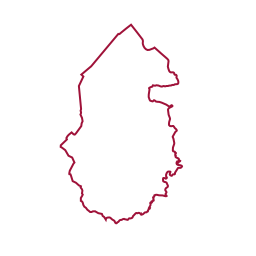 outline of West Kazakhstan, rotated 119°
{"feature_id": "KAZ-3201", "entity_name": "West Kazakhstan", "entity_type": "Region", "adm_level": 1, "iso_a3": "KAZ", "parent_name": "Kazakhstan", "parent_adm1": "", "projection": "orthographic", "projection_center": [51.03, 49.856], "detail": "fine", "context": "isolated", "style": "outline", "palette": "rose", "viewbox_px": 256, "rotation_deg": 119, "n_neighbors": 0, "source": "natural_earth", "source_scale": "10m", "svg_char_len": 4948}
<svg xmlns="http://www.w3.org/2000/svg" viewBox="0 0 256 256"><g transform="rotate(119 128 128)"><path d="M168.7,61.3L169.3,61.7L169.7,62.9L170.0,64.3L170.3,65.3L171.8,68.1L172.4,70.3L172.6,70.7L172.8,71.1L173.2,71.5L173.6,71.9L174.0,72.2L174.2,72.3L174.7,71.9L176.6,72.0L176.7,72.3L176.9,72.2L177.2,71.8L177.4,71.5L177.6,71.3L177.8,71.2L178.3,71.2L178.5,71.0L178.6,70.8L178.7,70.5L179.1,70.4L179.3,70.5L179.8,71.0L180.0,71.1L181.2,71.0L181.6,71.1L181.3,71.8L181.8,71.8L182.4,72.2L182.7,72.2L183.0,72.1L183.3,71.8L183.6,71.5L183.8,71.3L184.7,70.9L187.3,70.9L187.1,70.3L187.2,70.0L187.4,70.0L187.8,70.0L188.0,70.0L188.1,70.4L188.3,70.5L188.5,70.6L188.7,70.4L188.9,70.4L190.5,70.6L190.8,70.5L191.3,70.2L191.8,70.6L192.7,70.9L192.9,71.2L193.4,72.0L193.7,72.3L196.0,73.1L196.9,73.8L197.2,74.0L197.4,74.6L197.2,74.9L196.5,75.3L196.9,75.8L196.9,76.3L196.8,76.9L197.0,77.5L197.7,78.2L198.1,78.6L198.2,79.3L198.8,79.9L202.8,80.9L203.9,80.7L204.5,80.8L205.4,81.5L205.8,81.9L206.4,83.1L206.9,83.4L208.0,83.5L208.5,83.8L208.7,84.3L209.0,85.6L209.2,86.1L209.3,86.4L209.4,86.8L209.4,87.4L210.1,88.2L210.5,88.5L211.4,89.0L211.7,89.4L212.0,89.9L212.4,90.3L212.9,90.6L214.7,90.9L214.9,91.0L215.4,91.4L215.6,91.6L216.6,91.7L216.9,91.9L217.1,92.2L217.1,92.5L217.1,92.8L217.0,93.2L215.8,94.9L215.7,95.6L215.7,97.1L215.6,97.8L215.2,99.4L215.1,100.1L215.2,100.8L215.6,101.5L216.4,102.6L216.9,103.0L217.4,103.3L217.9,103.3L218.9,103.0L217.4,105.7L217.2,107.5L215.8,109.2L216.9,112.7L216.8,116.4L218.0,118.4L219.1,119.1L219.8,120.4L219.4,122.5L219.2,123.9L218.2,126.1L218.0,128.0L216.9,129.8L215.5,131.1L214.6,132.4L214.6,133.9L212.1,135.3L209.4,135.2L208.2,135.3L207.6,136.5L204.9,137.5L203.9,138.6L203.0,140.6L201.8,140.9L202.0,143.1L201.1,147.0L201.3,150.6L197.0,155.1L196.4,155.9L196.8,156.9L196.1,157.4L193.6,158.2L185.5,158.4L184.2,158.1L180.9,162.5L181.1,166.6L177.8,172.1L177.2,176.2L177.2,177.7L175.7,178.4L167.6,175.9L166.7,177.0L164.7,177.0L162.8,176.6L159.2,175.2L159.9,172.5L159.6,171.4L157.9,170.9L149.0,169.8L146.4,170.8L144.1,171.0L141.5,173.1L139.3,176.1L138.2,176.2L137.0,176.7L135.9,177.8L134.2,178.2L115.1,191.3L104.6,192.0L103.9,194.7L91.8,190.1L50.5,182.1L50.5,181.8L50.2,181.3L49.7,180.9L47.5,180.1L41.8,177.8L36.2,175.4L39.9,166.6L43.5,158.3L44.1,157.6L44.9,157.0L46.7,156.2L47.2,155.8L47.7,155.4L48.9,154.0L49.9,152.3L50.4,150.5L50.3,148.7L49.2,147.1L46.0,144.4L44.8,143.8L46.7,135.4L48.5,127.0L49.1,125.6L50.0,124.9L55.0,122.9L56.6,121.4L58.1,119.7L58.6,118.7L58.6,117.5L57.5,115.7L57.4,114.7L57.6,114.3L58.5,113.5L58.7,113.0L58.6,112.5L58.3,112.1L58.2,111.7L58.5,111.0L58.8,110.7L60.4,110.1L60.7,109.7L61.4,108.3L61.6,108.1L62.3,107.1L63.3,106.3L64.3,105.8L65.2,105.8L65.8,106.3L67.1,108.2L68.1,108.8L68.4,109.2L68.6,109.7L68.8,110.0L69.0,110.3L69.4,110.5L69.6,110.6L70.6,111.9L71.0,112.6L71.9,113.4L72.7,114.8L73.5,115.6L73.7,116.0L73.8,116.5L73.9,117.0L74.2,117.4L75.3,118.4L75.7,119.3L75.9,120.3L76.0,121.3L76.2,122.3L76.4,122.6L76.6,123.3L76.7,123.6L77.0,124.0L77.8,124.7L78.2,125.6L78.4,126.3L78.6,126.9L79.4,126.9L80.0,126.8L80.2,127.0L81.3,128.0L82.5,128.8L82.8,128.9L83.1,128.8L83.7,128.0L84.0,127.8L88.6,126.1L90.9,124.9L92.7,122.9L93.1,122.3L93.3,121.9L93.3,121.6L93.0,120.2L92.9,119.6L92.6,119.2L91.1,118.7L91.0,117.8L91.3,116.5L90.9,115.2L90.0,113.3L89.5,110.9L89.0,105.8L89.2,103.4L89.1,102.3L88.6,101.5L87.5,101.3L87.0,101.0L86.9,100.3L87.2,99.8L87.8,99.9L90.6,101.8L91.6,102.0L92.6,101.9L96.7,98.9L98.8,96.4L99.7,95.6L102.8,94.9L104.7,94.1L105.6,93.4L105.9,92.2L105.5,91.1L104.8,90.2L104.3,89.4L104.6,88.4L105.1,87.5L105.4,86.9L105.6,85.8L105.8,85.2L106.1,84.6L106.4,84.2L106.9,84.1L108.6,84.7L113.9,84.7L114.2,84.5L115.3,83.1L118.5,80.4L119.4,79.9L123.3,79.2L125.9,77.9L126.2,77.6L126.4,77.2L126.3,76.8L126.2,76.2L126.1,75.5L126.3,75.2L126.7,75.0L127.0,74.6L126.9,74.5L126.7,74.3L126.6,74.1L126.8,73.9L127.1,73.8L128.4,73.8L128.8,73.6L129.1,73.3L129.2,72.7L129.7,72.6L130.1,72.5L130.3,72.1L130.4,71.3L130.2,69.3L130.3,68.8L130.6,68.4L131.1,68.3L131.4,68.0L131.4,67.2L131.5,66.4L131.9,66.4L132.7,67.1L133.7,67.1L133.9,67.2L133.5,67.8L133.2,68.5L133.4,68.8L134.0,68.8L134.5,68.8L135.4,68.4L136.0,67.7L136.1,66.7L135.1,63.8L135.0,62.7L135.5,62.1L136.7,62.3L137.1,62.6L137.5,62.9L137.8,63.4L138.0,64.0L138.4,64.6L138.9,64.9L144.2,65.2L144.6,65.1L145.1,64.8L145.6,64.7L146.0,64.9L146.5,65.8L146.8,66.2L147.2,66.4L148.1,66.4L148.6,66.6L148.8,67.3L148.8,68.1L148.6,68.6L148.3,69.0L147.9,69.2L145.8,69.6L145.7,69.9L145.9,70.4L146.2,71.0L146.4,71.4L147.1,72.1L148.8,72.3L150.5,72.0L151.7,71.3L152.1,70.8L152.3,70.3L152.7,69.9L153.2,69.9L153.7,70.1L154.0,70.4L154.0,70.9L154.1,71.7L154.6,72.8L155.6,72.7L156.7,72.0L157.5,71.3L157.5,70.0L157.1,68.9L157.1,67.8L158.2,66.4L158.9,65.4L159.3,65.0L159.9,64.8L160.5,64.8L161.1,65.1L161.7,65.4L162.2,65.6L162.9,65.7L163.5,65.6L164.1,65.4L164.5,65.0L165.0,63.9L165.3,63.4L165.8,63.1L167.1,63.2L167.7,63.1L168.1,62.7L168.4,61.7L168.7,61.3Z" fill="none" stroke="#9f1239" stroke-width="2"/></g></svg>